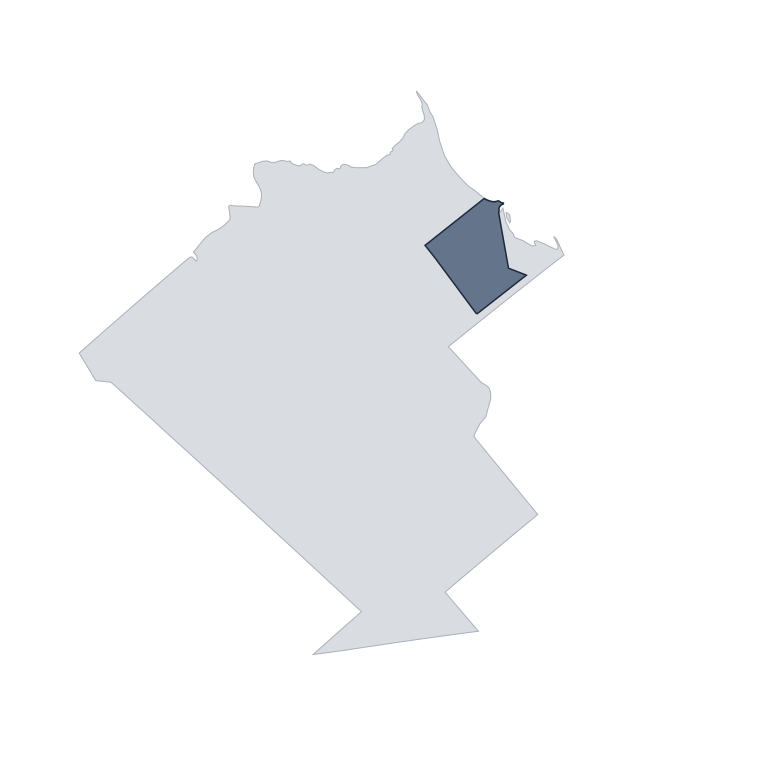 Mauritania, with Inchiri highlighted, rotated 142°
{"feature_id": "MRT-2786", "entity_name": "Inchiri", "entity_type": "Region", "adm_level": 1, "iso_a3": "MRT", "parent_name": "Mauritania", "parent_adm1": "", "projection": "albers", "projection_center": [-15.985, 20.073], "detail": "fine", "context": "in_parent", "style": "filled", "palette": "slate", "viewbox_px": 768, "rotation_deg": 142, "n_neighbors": 0, "source": "natural_earth", "source_scale": "10m", "svg_char_len": 3822}
<svg xmlns="http://www.w3.org/2000/svg" viewBox="0 0 768 768"><g transform="rotate(142 384 384)"><path d="M343.6,634.6L342.7,634.3L338.5,631.5L336.5,628.1L333.2,625.6L328.6,624.0L325.7,622.1L324.2,619.9L322.6,618.5L320.8,617.7L320.6,616.9L321.0,615.9L320.5,613.8L317.8,609.4L315.3,607.3L313.2,607.7L312.0,607.2L311.3,606.2L311.0,604.7L309.5,603.5L307.0,603.0L305.0,599.7L303.4,593.6L301.3,588.8L298.9,585.4L297.1,584.2L295.9,584.0L295.4,583.5L295.1,582.5L293.2,582.1L290.6,583.2L288.2,582.9L287.0,581.2L285.4,581.1L283.4,582.5L281.1,582.1L278.6,580.0L277.2,577.8L276.9,575.7L272.6,571.4L264.3,565.0L255.2,562.1L245.5,562.6L240.0,562.3L238.8,561.3L237.6,561.4L236.5,562.6L235.2,562.8L233.8,562.2L233.0,562.7L232.6,564.3L229.2,565.2L222.7,565.2L217.4,566.3L213.4,568.3L207.7,569.2L200.4,568.9L195.9,568.1L194.4,567.0L192.3,566.7L189.6,567.3L187.1,570.5L185.0,576.3L183.2,579.6L181.8,580.4L180.3,584.7L179.4,591.9L178.1,595.0L178.1,577.1L180.2,570.4L180.9,564.5L185.5,551.5L190.8,540.8L195.8,526.7L197.6,513.0L197.0,499.5L195.6,487.6L193.1,479.7L190.7,468.2L187.2,462.2L180.8,456.9L179.3,453.8L180.8,452.7L184.8,451.9L187.3,447.8L182.0,449.4L188.1,436.8L190.0,428.2L189.7,422.6L190.9,419.1L186.3,411.6L182.7,402.1L180.8,400.5L178.9,399.8L178.7,402.0L177.7,404.0L175.4,402.8L171.5,395.8L166.0,384.6L164.1,383.4L162.5,385.0L161.4,386.4L159.5,395.8L158.9,392.1L159.8,387.7L161.2,382.3L162.8,374.8L167.6,374.8L176.1,374.9L193.3,374.9L201.8,374.9L219.0,374.8L227.5,374.8L244.7,374.7L253.3,374.6L270.4,374.4L279.0,374.3L296.1,374.0L304.7,373.9L310.3,373.8L309.9,368.4L309.5,364.2L309.1,358.5L308.6,352.9L308.2,347.2L307.8,341.9L307.3,336.6L306.9,331.7L306.6,327.2L306.1,324.6L304.2,319.5L303.7,317.0L304.2,314.3L305.3,311.7L308.6,307.0L313.5,303.3L319.2,299.1L323.5,295.8L325.8,295.0L332.6,293.8L338.0,291.3L343.2,288.8L345.4,287.5L345.5,283.1L343.2,186.5L368.9,185.8L375.7,185.6L422.9,184.0L429.7,183.8L464.0,182.4L463.8,177.8L463.6,171.3L463.2,162.4L462.8,153.4L462.1,137.6L461.8,131.0L468.7,135.1L482.6,143.3L489.6,147.4L503.6,155.5L517.6,163.6L531.7,171.7L538.7,175.7L545.8,179.7L552.9,183.7L559.9,187.7L574.1,195.7L580.1,199.0L589.2,204.4L597.8,209.4L606.4,214.5L593.7,215.3L576.6,216.4L565.0,217.1L553.1,217.8L541.9,218.5L543.4,227.5L545.0,237.4L546.6,247.3L548.2,257.1L549.8,267.0L554.7,296.7L556.3,306.6L557.9,316.4L559.6,326.3L561.2,336.2L564.5,356.0L566.1,365.9L567.8,375.8L569.4,385.7L571.1,395.6L572.7,405.5L576.1,425.3L577.7,435.2L579.4,445.0L581.1,454.9L582.8,464.8L584.5,474.7L586.2,484.6L587.8,494.5L591.2,514.3L592.9,524.1L594.6,534.0L596.3,543.9L598.0,553.4L602.9,558.2L609.1,564.2L607.9,573.3L606.6,584.2L605.2,596.0L589.1,597.0L573.3,597.9L533.8,600.1L525.9,600.5L486.4,602.4L478.5,602.7L463.3,603.4L458.7,603.3L457.1,602.4L456.3,596.4L454.9,596.8L453.4,598.7L452.7,600.6L453.0,603.1L452.9,605.3L447.8,606.3L441.0,608.0L433.8,609.4L426.5,609.3L424.0,608.8L421.3,608.1L415.5,607.5L412.3,607.5L408.7,607.8L404.5,608.4L403.1,609.6L400.1,614.2L397.1,619.5L395.1,619.6L392.7,616.8L386.2,611.5L378.4,604.6L374.8,601.2L373.0,600.8L369.4,603.4L366.4,605.9L363.2,609.5L361.8,612.8L360.8,616.8L360.3,621.4L359.3,626.8L356.8,631.2L353.7,634.5L351.4,636.1L350.5,637.0L343.6,634.6ZM184.7,440.0L182.3,443.9L181.2,442.4L180.8,439.8L183.0,436.2L184.0,434.3L185.8,433.6L184.7,440.0Z" fill="#d9dde1" stroke="#a8b0b8" stroke-width="1"/><path d="M190.8,468.5L189.7,465.9L188.1,463.1L185.9,460.5L185.1,459.8L185.0,459.7L184.9,459.5L184.5,459.4L184.2,459.3L183.8,459.2L183.2,458.7L181.7,458.3L181.1,457.9L180.8,457.5L180.2,455.8L180.1,455.1L179.7,454.3L179.0,453.7L178.5,453.1L179.1,452.4L181.3,453.0L183.4,452.7L185.2,451.7L186.6,450.0L188.1,448.5L190.2,444.6L214.6,398.6L204.8,382.1L267.2,382.0L267.9,383.0L266.2,450.8L266.2,456.9L266.3,468.0L264.7,468.0L190.8,468.5Z" fill="#64748b" stroke="#1e293b" stroke-width="1.5"/></g></svg>